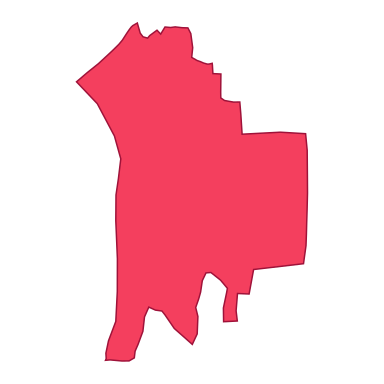 outline of Sisattanak, Vientiane [prefecture], Laos
{"feature_id": "54806243B63933200485588", "entity_name": "Sisattanak", "entity_type": "district", "adm_level": 2, "iso_a3": "LAO", "parent_name": "Laos", "parent_adm1": "Vientiane [prefecture]", "projection": "natural_earth1", "projection_center": [102.629, 17.933], "detail": "fine", "context": "isolated", "style": "filled", "palette": "rose", "viewbox_px": 384, "rotation_deg": 0, "n_neighbors": 0, "source": "geoboundaries", "source_scale": "gbopen_adm2", "svg_char_len": 1348}
<svg xmlns="http://www.w3.org/2000/svg" viewBox="0 0 384 384"><path d="M76.5,81.8L97.3,103.7L113.2,133.7L114.4,135.9L120.8,158.9L120.3,162.9L118.4,178.7L116.0,195.0L115.9,209.3L115.8,220.7L117.4,258.9L117.3,291.6L115.8,321.4L108.5,340.8L105.9,353.2L106.2,358.6L105.5,360.3L110.1,359.9L122.1,361.0L129.1,360.9L134.3,357.9L135.1,351.2L138.0,344.5L142.9,331.3L144.5,316.9L148.8,307.1L155.4,310.1L161.9,311.0L165.0,314.9L174.3,328.5L177.5,331.3L192.3,344.4L197.2,333.9L197.9,316.5L195.7,307.5L198.6,299.2L200.6,292.1L202.3,280.7L206.0,272.9L210.9,272.5L220.5,280.1L227.4,288.3L226.6,292.7L223.4,308.0L223.6,321.7L225.9,321.6L237.3,321.0L236.1,310.8L237.5,293.5L249.1,294.0L249.9,289.7L253.6,269.5L303.5,263.7L306.0,245.6L306.4,234.5L306.7,222.5L307.1,209.6L307.5,193.1L307.4,175.6L307.2,150.4L305.6,133.7L280.4,132.2L242.1,134.2L240.8,114.0L239.8,102.0L233.6,102.1L224.5,100.5L220.8,97.9L220.7,92.3L220.9,74.0L212.9,73.6L212.4,65.1L212.2,63.3L208.9,64.1L207.2,64.1L204.9,63.4L203.7,63.1L200.3,61.6L197.1,60.5L191.7,57.4L192.7,47.7L190.8,33.6L187.9,27.9L182.1,27.7L175.2,26.9L170.6,27.5L165.0,27.0L160.7,34.1L157.0,30.2L149.8,35.5L147.6,38.1L143.0,36.8L140.2,33.1L137.3,23.0L132.8,25.6L131.2,27.1L129.3,29.6L126.9,33.1L125.8,34.8L122.4,40.1L118.8,44.4L112.2,50.9L98.5,63.6L87.4,72.5L76.5,81.8Z" fill="#f43f5e" stroke="#9f1239" stroke-width="1.5"/></svg>